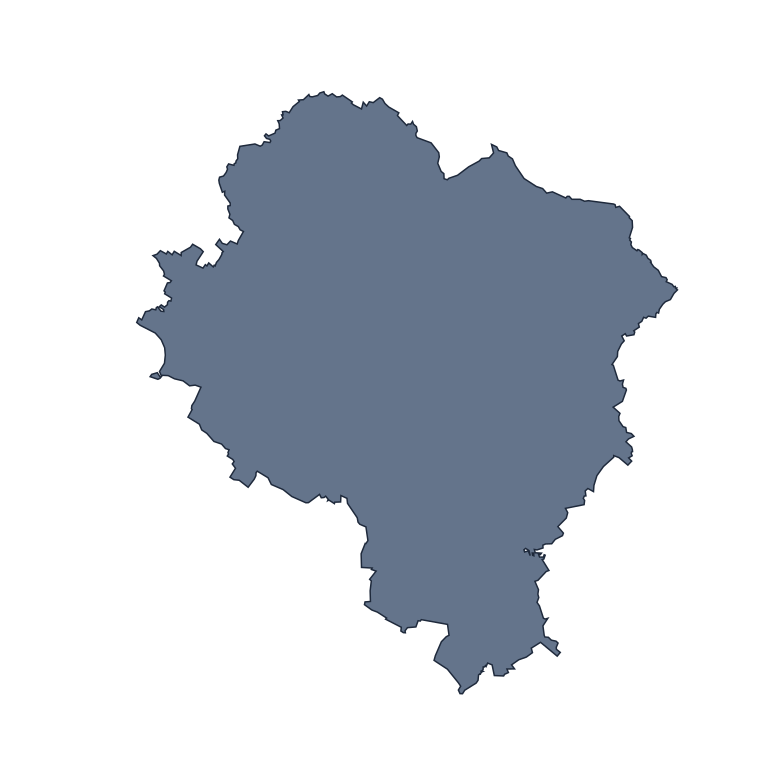 outline of Ratoath Lea-7, Meath, Ireland, rotated 198°
{"feature_id": "5873133B53714472852508", "entity_name": "Ratoath Lea-7", "entity_type": "district", "adm_level": 2, "iso_a3": "IRL", "parent_name": "Ireland", "parent_adm1": "Meath", "projection": "orthographic", "projection_center": [-6.561, 53.483], "detail": "fine", "context": "isolated", "style": "filled", "palette": "slate", "viewbox_px": 768, "rotation_deg": 198, "n_neighbors": 0, "source": "geoboundaries", "source_scale": "gbopen_adm2", "svg_char_len": 6173}
<svg xmlns="http://www.w3.org/2000/svg" viewBox="0 0 768 768"><g transform="rotate(198 384 384)"><path d="M202.4,137.2L203.0,138.3L202.0,139.9L202.9,140.7L201.2,141.3L202.3,141.6L201.5,142.8L202.2,145.6L200.9,146.0L200.5,147.5L199.6,146.9L199.2,150.6L194.4,150.3L189.0,140.8L180.0,143.3L179.6,145.2L176.5,148.0L179.0,150.9L171.8,153.4L175.9,156.3L170.6,163.4L164.2,168.3L159.8,174.4L162.3,178.3L155.3,186.7L135.2,178.7L133.4,183.2L138.1,185.0L138.8,186.9L138.4,191.4L140.9,192.6L145.7,192.1L149.4,193.9L152.8,193.1L154.0,194.5L158.1,203.1L155.8,211.8L158.0,210.3L160.0,210.5L167.6,221.0L171.0,223.6L170.8,228.7L172.7,231.6L173.5,236.1L179.5,243.0L176.9,244.9L171.8,255.8L169.5,257.6L179.3,265.9L177.9,266.9L177.8,271.0L178.9,271.1L178.9,268.6L182.6,267.5L184.4,269.8L182.6,270.0L182.0,271.8L188.0,270.2L189.9,273.1L187.2,273.5L182.1,277.2L183.1,279.8L180.9,281.8L175.1,283.9L173.1,289.2L167.4,294.9L167.3,297.6L174.6,302.1L169.2,312.8L169.5,318.4L173.0,321.8L156.4,331.1L157.2,335.2L159.1,336.8L158.9,339.3L157.4,340.0L159.6,344.5L157.8,347.6L151.5,346.4L153.0,352.4L153.2,362.6L149.8,373.3L142.9,385.4L143.4,386.9L137.7,386.6L127.0,382.2L124.6,387.2L128.5,389.3L125.8,392.4L127.4,394.4L127.6,395.8L126.7,396.5L127.5,398.3L129.0,400.6L136.0,403.8L134.5,407.3L130.1,411.5L133.5,413.3L138.3,412.9L140.6,417.3L143.5,417.3L149.2,421.7L150.7,425.6L150.5,429.0L158.9,432.8L151.9,441.2L151.6,453.2L152.6,454.6L155.6,454.7L157.2,457.5L157.4,461.8L160.5,459.8L162.6,460.0L171.7,472.7L173.2,472.9L170.5,482.2L171.8,487.2L170.6,495.4L168.9,499.3L172.7,503.1L170.1,506.4L168.1,504.6L161.5,508.1L161.6,510.9L162.9,511.8L158.8,517.0L160.7,520.1L158.2,523.2L157.7,527.6L155.1,527.6L153.6,530.2L146.3,531.3L147.1,534.7L146.6,536.4L144.8,536.3L145.2,540.2L143.5,545.9L141.8,549.2L137.7,552.8L136.2,559.8L134.0,564.2L135.2,564.6L135.2,565.8L136.4,565.3L137.1,566.8L138.5,566.1L140.8,567.8L147.2,568.5L146.9,570.7L148.7,572.3L153.2,571.9L158.3,576.9L163.7,578.8L168.1,582.1L167.6,582.5L168.6,584.0L171.9,585.1L174.4,587.6L178.2,588.2L178.5,587.2L179.1,588.8L183.0,590.3L184.2,590.3L184.6,588.9L190.0,590.5L192.3,592.9L192.6,595.5L194.8,596.8L194.6,598.6L195.9,598.8L196.0,609.7L198.4,616.0L202.1,617.9L202.3,619.2L214.9,625.8L218.1,623.6L219.7,626.0L221.4,626.1L246.3,621.5L249.7,619.8L254.5,620.3L262.4,617.7L265.8,619.7L267.7,619.1L268.6,617.1L283.2,618.8L288.3,615.8L293.5,618.9L300.1,618.9L314.3,622.7L326.5,632.2L331.4,637.8L336.3,639.2L338.6,641.8L347.2,641.5L350.0,644.3L355.8,645.1L351.2,637.6L353.8,631.6L360.8,628.6L362.4,625.4L370.5,616.8L378.6,605.2L385.9,599.7L386.9,597.8L390.3,597.8L392.1,602.6L395.3,603.8L401.1,610.5L401.6,617.1L403.4,620.9L413.7,627.9L428.7,628.5L430.6,630.4L431.1,632.3L430.5,634.9L432.7,638.7L436.2,640.2L438.0,642.5L438.9,639.4L441.5,638.7L442.3,636.9L453.6,643.1L454.2,643.6L453.7,646.5L465.1,648.9L469.8,651.1L473.5,654.4L476.6,655.0L481.2,648.3L485.2,647.9L486.4,643.0L490.8,645.6L490.4,638.6L499.5,640.1L501.8,641.1L501.3,642.5L512.9,645.9L514.4,643.8L517.8,642.4L522.9,644.1L526.2,640.5L530.1,641.6L531.5,643.4L535.0,640.9L536.2,637.9L541.0,634.9L543.4,634.5L544.9,636.1L548.5,629.5L553.1,627.6L551.8,626.5L556.2,619.7L558.0,612.7L561.6,613.0L564.7,611.6L563.2,608.8L564.5,608.3L562.2,605.8L564.2,602.4L566.4,601.6L564.1,599.1L562.3,594.6L565.3,592.0L565.2,588.9L570.4,584.3L573.5,585.4L574.4,583.1L571.6,581.2L568.2,581.4L566.8,580.1L567.1,578.4L572.9,577.4L573.6,573.7L575.2,571.9L580.9,572.4L594.5,565.5L594.1,556.7L592.7,553.0L593.6,550.4L593.3,548.4L594.5,547.3L594.3,545.6L599.8,545.3L600.6,541.9L599.2,540.0L599.5,536.4L600.9,532.2L604.3,529.9L604.1,526.9L602.6,523.9L597.0,516.4L595.0,518.1L594.0,514.4L586.2,508.6L585.4,506.2L587.5,505.0L586.6,502.2L583.0,497.8L582.8,494.1L578.4,492.7L575.6,489.6L571.2,488.7L568.5,486.2L564.8,485.6L566.9,475.4L566.9,471.8L574.2,472.5L576.4,467.9L581.3,467.8L585.2,470.8L587.1,464.6L577.8,460.3L578.6,458.9L578.3,457.0L579.4,451.4L580.9,447.9L581.1,444.1L582.2,444.5L582.6,442.6L588.1,445.0L588.9,441.6L590.8,442.3L592.0,438.3L599.5,439.2L599.8,443.0L596.8,454.0L600.4,455.9L609.2,457.8L610.3,454.3L617.5,446.4L616.6,443.5L624.5,445.4L625.4,441.4L630.6,443.3L631.2,440.4L637.9,441.7L640.0,437.3L643.4,434.7L639.2,433.1L634.9,429.5L633.9,427.1L628.5,423.4L626.7,420.5L627.1,418.6L618.1,416.5L618.8,414.4L621.2,413.2L622.0,404.6L620.4,403.8L620.5,402.0L612.6,400.1L612.3,397.0L614.3,396.8L615.1,394.9L614.5,392.5L616.5,389.3L620.3,390.4L621.6,388.0L616.6,386.7L615.8,384.9L618.6,384.3L623.2,387.4L624.1,386.4L624.0,384.0L628.0,383.6L629.7,381.1L633.2,379.1L634.2,370.1L637.7,371.2L638.2,366.1L634.1,364.5L617.3,361.8L609.5,357.2L603.8,350.7L600.9,343.9L599.2,335.9L601.4,326.5L597.9,322.6L598.7,321.2L603.1,324.7L607.9,321.4L608.7,318.7L600.5,318.6L598.8,320.2L597.4,323.8L591.8,325.3L584.9,324.2L576.1,324.9L568.3,322.2L563.2,324.6L557.1,324.4L558.7,309.3L560.1,304.1L559.5,300.9L558.6,300.4L560.2,291.9L547.1,288.7L543.2,284.0L537.2,282.3L528.0,276.8L519.9,276.7L514.8,273.6L511.1,273.6L511.2,270.5L510.2,269.4L510.8,267.1L504.5,265.5L502.6,263.9L503.6,261.1L499.2,258.0L501.7,247.8L497.3,246.6L492.0,247.7L481.3,243.8L478.0,253.4L477.5,257.2L478.3,260.2L477.6,261.9L465.3,259.0L460.1,253.6L447.3,252.4L436.9,248.5L421.6,246.9L419.2,247.8L411.2,259.1L408.5,256.4L406.0,257.5L404.8,259.3L401.5,257.1L401.5,255.6L400.6,256.6L394.2,254.9L394.3,256.4L388.8,258.4L390.5,264.6L383.9,263.8L381.8,259.2L368.1,248.5L366.0,244.6L363.6,243.1L357.0,242.5L350.9,230.1L351.9,226.6L352.6,226.6L353.3,215.5L348.7,202.6L338.4,205.3L338.7,203.7L333.7,203.6L337.3,193.8L335.2,192.8L333.3,183.1L329.7,173.0L334.7,170.9L334.4,168.1L325.8,165.3L319.8,165.0L309.2,162.2L309.8,160.8L292.4,158.0L291.6,154.3L288.8,153.5L286.8,154.0L287.7,155.8L286.4,159.5L278.6,162.8L278.4,169.4L276.2,169.8L275.7,171.4L249.3,175.0L244.5,165.1L246.7,162.9L249.8,156.6L251.2,141.5L251.0,136.6L235.6,132.4L220.9,122.8L217.7,120.3L218.7,115.9L216.0,113.0L213.6,113.7L212.6,117.7L203.9,128.1L203.0,131.3L204.2,136.6L203.2,138.0L202.4,137.2ZM191.9,265.9L195.2,269.8L198.4,267.7L199.7,269.6L198.5,271.4L194.6,270.4L191.9,265.9ZM188.4,266.9L189.7,267.0L190.8,269.1L189.4,269.5L188.4,266.9Z" fill="#64748b" stroke="#1e293b" stroke-width="1.5"/></g></svg>